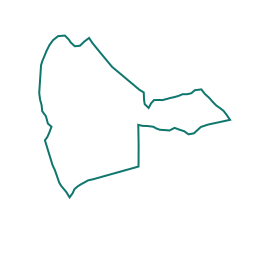 the district of São José dos Ramos, Paraíba, Brazil, rotated 192°
{"feature_id": "56859067B22442503406316", "entity_name": "São José dos Ramos", "entity_type": "district", "adm_level": 2, "iso_a3": "BRA", "parent_name": "Brazil", "parent_adm1": "Paraíba", "projection": "natural_earth1", "projection_center": [-35.36, -7.235], "detail": "fine", "context": "isolated", "style": "outline", "palette": "teal", "viewbox_px": 256, "rotation_deg": 192, "n_neighbors": 0, "source": "geoboundaries", "source_scale": "gbopen_adm2", "svg_char_len": 1153}
<svg xmlns="http://www.w3.org/2000/svg" viewBox="0 0 256 256"><g transform="rotate(192 128 128)"><path d="M151.9,70.4L109.7,92.5L114.1,113.7L118.6,133.2L114.3,133.1L109.3,134.0L103.7,134.5L100.0,133.4L96.4,132.9L92.4,133.5L86.9,134.2L82.5,137.8L76.0,136.9L72.2,136.5L67.5,134.4L62.4,136.5L59.7,140.3L57.0,144.1L50.6,147.9L29.9,157.2L34.6,161.7L38.2,164.7L41.9,166.5L46.2,168.3L50.2,170.9L54.9,174.4L59.9,177.3L64.3,181.0L70.4,178.9L73.4,175.1L77.1,173.4L81.6,172.4L85.1,170.0L88.2,168.3L93.2,166.0L96.6,164.2L100.0,162.5L104.2,161.7L108.4,160.7L110.5,157.0L112.0,151.9L116.6,154.8L118.1,158.7L120.0,166.1L124.9,167.8L156.3,184.5L170.6,195.8L180.8,204.0L184.8,208.0L188.7,203.5L192.1,198.5L197.0,196.9L201.6,199.6L204.4,202.3L209.0,205.3L215.5,203.3L219.6,198.3L222.1,192.7L223.8,186.1L224.8,180.4L225.7,175.7L226.1,171.3L222.1,143.7L219.9,137.5L217.3,132.5L215.4,126.6L210.7,122.4L207.3,115.7L203.1,113.3L204.0,107.3L205.0,102.5L206.7,98.7L194.1,76.0L190.7,71.5L188.1,67.2L183.8,60.1L181.2,57.4L175.1,52.6L170.7,48.0L168.5,53.0L167.7,57.0L165.2,60.3L162.6,62.9L159.2,65.8L156.1,68.5L151.9,70.4Z" fill="none" stroke="#0f766e" stroke-width="2"/></g></svg>